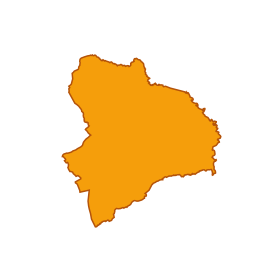 the district of Waeng Noi, Khon Kaen, Thailand, rotated 149°
{"feature_id": "78962969B33774110374884", "entity_name": "Waeng Noi", "entity_type": "district", "adm_level": 2, "iso_a3": "THA", "parent_name": "Thailand", "parent_adm1": "Khon Kaen", "projection": "mercator", "projection_center": [102.401, 15.798], "detail": "fine", "context": "isolated", "style": "filled", "palette": "amber", "viewbox_px": 256, "rotation_deg": 149, "n_neighbors": 0, "source": "geoboundaries", "source_scale": "gbopen_adm2", "svg_char_len": 5678}
<svg xmlns="http://www.w3.org/2000/svg" viewBox="0 0 256 256"><g transform="rotate(149 128 128)"><path d="M157.2,194.3L157.2,192.6L158.5,192.1L159.5,189.8L160.3,189.2L160.8,176.6L159.8,174.5L159.0,172.2L158.5,167.7L159.1,166.0L158.5,164.3L159.0,162.8L159.7,162.1L160.5,160.3L160.5,158.8L161.3,157.7L161.3,157.1L161.9,156.7L161.9,155.5L161.3,154.7L160.2,154.2L160.4,153.7L159.5,152.8L160.2,151.7L160.5,150.3L160.3,149.9L160.8,149.8L160.8,149.6L162.0,149.2L164.2,149.1L165.3,148.6L164.7,146.4L164.6,143.9L163.6,141.1L164.6,141.0L166.9,140.4L169.4,140.2L171.6,139.5L173.5,138.7L176.1,136.5L178.3,136.1L182.0,136.3L184.1,136.1L187.0,136.7L188.9,136.5L191.8,137.2L192.8,137.5L193.3,138.0L196.5,138.7L198.0,138.3L199.0,137.3L198.2,136.7L197.9,134.8L197.5,133.9L197.0,133.7L197.5,133.7L197.8,132.9L199.3,132.7L198.9,129.9L197.5,129.6L197.5,129.2L197.9,127.1L199.2,125.5L199.8,125.2L200.2,123.2L200.2,120.6L199.5,120.2L198.2,118.7L198.4,117.1L197.6,114.7L197.4,113.3L195.4,113.0L194.7,111.3L194.2,109.5L194.7,108.7L200.9,108.9L201.3,108.1L200.5,106.3L200.5,105.3L201.5,99.4L202.2,97.7L193.2,94.7L199.9,85.9L201.9,81.5L202.9,78.6L204.2,73.9L206.2,68.7L206.9,60.1L206.2,59.7L205.3,59.6L204.2,60.3L203.7,59.9L203.3,60.0L202.9,59.9L202.6,60.1L201.8,60.1L201.5,60.6L200.9,60.5L200.7,60.1L199.2,60.9L198.8,60.6L197.6,60.8L196.1,60.4L195.6,59.7L195.4,59.9L194.8,59.8L194.6,59.4L192.9,59.5L192.2,58.9L192.2,57.7L189.7,57.3L188.0,58.3L185.9,58.5L184.8,61.6L183.8,61.8L182.3,63.3L181.8,64.3L180.9,64.7L179.4,65.0L178.0,63.8L176.1,62.9L173.4,62.4L172.8,61.9L172.8,61.5L170.1,61.3L169.8,60.6L167.9,61.2L166.5,61.0L165.0,61.2L163.0,62.4L160.6,62.7L159.6,62.3L158.0,60.7L156.6,60.0L153.6,59.3L152.3,59.2L150.6,59.5L150.1,59.3L149.0,60.9L147.5,60.3L146.8,61.0L146.6,62.4L147.0,63.1L142.1,63.8L136.5,67.2L136.0,67.1L135.0,67.6L132.3,67.3L131.1,67.5L129.4,67.0L127.8,67.1L126.0,66.5L125.4,66.0L124.8,65.8L124.7,66.8L122.9,66.8L122.1,67.1L120.9,66.8L120.4,65.9L117.4,65.7L117.0,65.2L115.7,64.7L115.5,64.4L114.9,64.4L113.9,64.1L113.3,64.2L113.1,63.6L112.3,63.3L111.9,63.4L111.8,63.0L111.4,62.7L110.0,62.6L108.9,61.9L108.0,61.7L107.5,60.6L107.3,60.3L107.3,58.8L106.8,58.4L106.0,58.2L105.7,57.7L105.1,58.0L104.4,58.0L103.9,58.5L103.7,58.2L102.6,58.2L102.0,57.8L101.1,57.7L99.9,56.9L99.8,56.4L99.4,56.4L99.4,56.1L98.9,56.0L98.9,55.6L98.6,55.3L97.6,55.3L96.4,55.8L96.2,54.9L94.9,54.8L94.4,53.8L91.4,54.1L89.5,53.8L89.1,54.3L88.7,54.3L88.0,54.2L87.8,53.7L86.9,53.8L86.1,53.5L85.9,53.6L85.1,53.4L84.0,52.7L83.8,51.7L83.4,51.1L82.8,51.0L82.2,51.4L80.8,51.0L79.9,50.3L78.0,49.6L77.9,48.6L78.5,46.5L78.7,46.2L79.1,45.5L79.2,44.7L79.7,44.7L79.9,44.1L78.8,44.0L78.4,44.5L77.6,44.8L76.7,44.3L76.2,44.3L75.7,45.1L75.3,46.2L75.3,47.1L75.6,47.8L75.5,48.3L74.1,50.5L73.9,51.9L72.9,53.8L71.4,54.8L70.0,54.5L68.8,55.0L68.8,55.6L69.7,55.7L70.3,56.4L70.5,58.2L71.0,59.5L70.0,60.2L67.9,60.2L67.3,60.4L66.8,61.0L65.8,63.3L65.7,64.2L66.2,65.2L67.0,65.5L66.9,66.0L65.8,67.0L65.2,67.8L64.7,68.1L61.4,67.7L60.2,68.1L58.6,68.9L57.0,68.8L56.7,69.5L57.0,70.9L57.4,71.5L57.1,72.1L56.8,72.2L55.9,71.9L55.0,72.0L54.1,71.8L52.9,72.8L52.8,73.7L53.5,76.3L53.4,76.9L52.4,77.5L52.4,77.9L54.2,79.6L54.2,79.9L53.1,80.6L51.4,81.2L51.3,81.8L52.0,82.5L52.0,83.0L51.8,83.4L50.5,84.0L50.4,84.4L50.6,85.2L51.6,85.4L53.1,86.3L53.2,87.2L52.8,87.9L52.1,87.8L51.9,86.6L51.5,86.1L51.3,86.0L50.3,87.2L49.4,87.5L49.1,88.0L50.3,89.3L51.8,89.6L51.8,92.0L52.0,92.3L52.6,92.3L53.4,91.5L53.9,91.6L54.2,92.5L54.0,93.6L54.1,95.8L55.8,98.3L55.6,99.5L56.1,101.0L56.1,102.8L55.0,102.8L54.1,103.2L52.4,104.5L52.1,105.1L52.6,105.5L53.6,105.7L54.3,104.3L54.8,104.2L55.2,105.8L56.5,107.3L57.4,108.9L57.2,110.0L57.6,111.1L57.6,111.6L58.1,112.2L58.0,112.4L57.5,112.2L56.9,111.4L56.5,111.3L56.2,111.8L56.1,113.2L56.4,113.8L57.1,114.0L57.8,114.7L58.8,115.9L59.4,117.3L59.6,118.9L59.4,119.2L59.0,119.2L58.3,118.5L57.9,118.5L57.5,118.8L57.2,119.7L57.3,120.4L58.9,122.7L58.5,123.5L58.2,126.9L58.3,127.2L58.7,127.4L59.4,127.2L59.5,127.6L60.0,128.0L60.0,128.4L59.6,128.5L59.8,128.7L59.7,128.9L60.6,128.7L60.7,129.7L71.1,140.3L74.3,144.4L76.2,145.1L76.4,145.7L76.1,146.8L77.5,148.0L78.7,148.4L78.7,149.1L79.3,149.5L80.0,149.0L80.4,149.4L80.8,149.5L81.2,150.0L81.3,151.1L81.6,151.2L81.4,151.5L81.6,152.3L82.0,152.1L82.6,152.4L83.3,151.9L84.0,152.2L84.6,151.9L84.9,152.6L85.6,152.2L85.9,152.6L86.5,152.9L86.3,153.6L86.8,153.9L86.7,154.7L87.0,154.9L87.2,155.7L86.1,156.0L86.2,156.5L86.6,156.8L86.7,158.1L86.9,158.2L86.0,159.2L84.6,159.4L84.2,159.2L83.8,159.4L85.3,162.6L84.8,163.0L84.8,163.9L85.2,164.5L85.3,165.1L84.4,166.0L84.6,166.3L84.3,168.0L83.7,168.4L83.4,169.0L82.7,169.5L83.1,170.6L82.7,170.9L82.7,172.4L81.6,175.0L81.9,177.0L82.5,178.0L82.5,179.4L82.8,180.3L84.1,181.4L84.6,182.9L85.1,183.5L85.8,183.3L86.6,184.0L87.3,183.8L88.3,182.9L88.5,182.0L90.2,182.1L90.8,182.4L91.2,182.2L92.3,182.1L93.3,180.4L94.0,180.1L95.5,180.2L95.6,181.1L96.5,181.8L98.5,182.2L98.5,183.1L98.8,183.5L100.4,184.0L100.3,184.5L101.0,185.3L101.3,186.1L103.0,186.3L104.2,187.0L105.1,186.8L105.2,187.1L105.1,187.7L105.5,188.8L106.1,189.7L106.6,189.8L106.7,190.4L107.6,190.8L108.1,193.0L108.7,193.4L109.8,193.3L110.1,193.6L110.2,194.2L112.5,196.9L112.6,197.3L112.9,197.5L113.5,197.5L114.3,199.4L114.8,199.3L115.1,198.9L116.1,199.5L116.2,200.8L116.7,201.8L116.5,202.3L116.9,202.9L116.9,203.7L118.0,204.8L118.3,206.9L118.9,207.6L119.6,207.5L120.3,207.8L120.7,208.0L120.8,208.9L122.2,209.1L122.5,209.7L123.4,209.8L125.8,210.7L128.8,211.4L132.1,212.0L133.7,211.6L135.1,209.9L135.4,208.6L136.5,207.3L136.9,206.6L138.6,205.8L139.1,205.3L139.5,204.6L140.4,203.9L144.8,204.4L146.2,203.8L147.7,203.6L150.1,198.6L154.0,194.8L155.5,194.4L157.2,194.3Z" fill="#f59e0b" stroke="#b45309" stroke-width="1.5"/></g></svg>